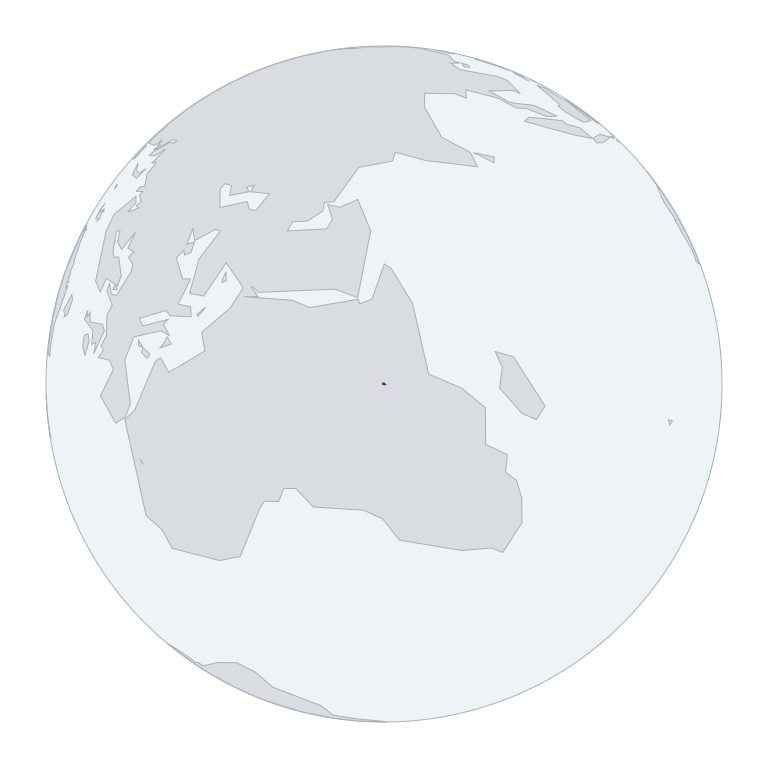 globe centered on Iganga, rotated 304°
{"feature_id": "UGA-3068", "entity_name": "Iganga", "entity_type": "District", "adm_level": 1, "iso_a3": "UGA", "parent_name": "Uganda", "parent_adm1": "", "projection": "orthographic", "projection_center": [33.553, 0.662], "detail": "fine", "context": "on_globe", "style": "filled", "palette": "violet", "viewbox_px": 768, "rotation_deg": 304, "n_neighbors": 0, "source": "natural_earth", "source_scale": "10m", "svg_char_len": 6650}
<svg xmlns="http://www.w3.org/2000/svg" viewBox="0 0 768 768"><g transform="rotate(304 384 384)"><circle cx="384" cy="384" r="338" fill="#eef3f6" stroke="#a8b0b8"/><path d="M186.2,110.0L181.9,113.2L176.7,117.2L173.6,119.6L186.2,110.0ZM47.8,349.9L48.3,359.6L48.4,374.2L47.8,383.1L49.2,385.9L49.3,391.8L60.3,402.0L70.4,417.6L73.1,438.2L70.5,461.5L82.0,511.2L81.1,526.7L90.1,546.6L105.5,575.0L104.5,573.9L90.6,551.7L78.5,528.5L68.2,504.4L59.9,479.5L53.4,454.2L49.0,428.3L46.6,402.3L46.2,376.1L47.8,349.9ZM645.2,169.6L646.7,172.0L639.1,162.7L644.6,170.7L651.4,178.8L652.2,178.6L660.3,190.9L671.4,206.6L681.6,224.3L692.8,253.6L690.8,261.5L692.6,267.4L687.2,259.9L687.0,270.9L702.6,306.5L704.6,316.6L701.0,334.7L699.7,327.0L685.6,307.2L687.9,331.3L698.9,352.8L702.8,377.7L696.6,369.2L692.0,347.5L686.9,339.8L684.7,318.6L673.6,287.3L667.0,292.5L664.1,280.2L647.9,255.2L636.5,262.3L620.8,294.0L624.3,325.9L616.4,340.0L592.7,293.8L582.4,263.8L573.7,266.5L549.4,241.9L507.1,240.5L501.2,233.0L493.2,236.6L476.2,229.3L467.3,217.5L456.9,218.4L480.6,249.8L491.8,249.2L501.3,237.0L505.8,248.5L522.3,259.0L503.5,287.4L440.9,313.8L435.2,290.2L389.6,228.5L391.2,221.7L391.0,221.0L390.5,219.7L385.9,230.7L378.2,219.2L402.1,261.0L405.9,279.8L440.0,315.3L436.7,319.0L447.8,326.5L483.7,317.2L483.8,325.3L466.6,362.9L417.2,415.4L424.0,450.9L421.0,481.4L390.8,502.0L394.3,525.7L378.8,534.2L378.3,547.6L366.4,562.1L346.1,575.9L310.8,576.7L308.0,564.6L289.3,541.2L263.2,484.4L271.4,458.1L268.0,437.9L242.5,394.1L248.1,369.4L241.4,359.4L227.6,362.3L220.0,350.5L211.7,350.5L160.6,361.2L145.7,346.4L129.4,300.5L139.0,281.4L142.0,260.3L209.6,189.0L222.7,192.0L274.6,181.8L280.8,184.0L273.3,199.1L311.1,217.0L324.9,204.0L360.5,214.0L385.1,213.5L396.3,185.4L356.1,185.4L350.5,172.2L383.8,160.7L419.2,162.8L418.2,157.9L397.0,146.8L406.3,138.5L389.7,142.5L395.6,147.3L385.4,150.5L379.4,146.5L383.0,143.3L372.6,141.2L358.5,158.2L362.9,165.0L335.1,168.6L339.8,180.6L331.8,186.5L321.0,168.6L322.9,162.0L301.7,144.6L297.2,151.5L316.9,168.9L310.2,167.7L304.1,179.0L303.5,169.4L283.2,150.3L258.9,155.7L225.8,184.7L212.1,188.1L201.5,183.6L215.7,155.5L244.8,151.5L250.2,143.1L246.2,132.2L255.4,132.5L257.3,128.1L268.5,126.8L286.1,115.9L297.7,114.4L306.4,102.2L313.6,100.2L306.4,107.7L307.6,112.7L336.8,111.4L343.0,108.7L346.2,101.4L353.9,102.6L353.3,95.8L370.9,93.2L349.0,91.1L352.3,84.1L363.8,79.1L361.0,76.9L342.1,85.3L338.2,89.3L341.0,93.0L326.8,105.6L316.4,108.1L316.4,94.8L301.6,97.4L308.1,87.3L355.1,68.2L373.8,65.4L400.9,73.4L395.6,76.9L383.1,75.4L393.0,82.4L393.0,79.0L399.3,80.6L404.0,75.7L408.7,76.7L405.2,70.9L411.5,71.6L413.6,75.2L426.0,70.2L439.6,71.4L440.1,69.9L436.8,68.0L456.2,71.7L455.8,70.5L449.2,68.7L444.1,65.5L442.5,61.7L449.3,63.2L450.8,64.7L464.1,70.9L467.0,75.8L469.7,76.1L468.7,72.3L452.5,64.6L449.6,62.0L458.2,65.1L454.8,63.8L455.5,63.0L462.6,63.9L453.5,60.5L452.0,54.1L465.5,56.5L473.3,59.2L479.0,59.7L503.0,67.7L526.3,77.5L548.8,89.0L570.4,102.1L590.9,116.8L610.3,133.1L628.4,150.7L645.2,169.6ZM185.1,223.5L182.9,229.7L185.1,223.5ZM456.2,180.9L477.7,182.6L468.7,165.7L476.2,165.3L470.4,160.1L468.0,164.5L453.9,150.7L463.4,146.6L461.1,140.0L453.8,139.2L438.6,149.4L458.7,168.5L453.5,175.1L456.2,180.9ZM168.0,124.1L174.3,119.1L165.9,125.9L160.4,131.0L152.5,138.4L157.0,134.0L153.1,137.4L155.1,135.4L168.0,124.1ZM256.9,108.4L260.1,110.5L254.9,115.4L240.1,120.1L247.5,112.7L256.9,108.4ZM265.8,112.5L269.9,99.6L279.2,97.1L273.3,100.5L279.1,100.1L271.1,105.7L276.0,117.1L271.7,122.4L246.8,126.5L257.3,121.8L253.6,119.6L265.8,112.5ZM263.9,80.2L265.8,77.1L283.6,75.3L279.8,78.6L264.8,82.7L260.6,81.4L263.9,80.2ZM336.4,49.4L337.3,49.3L336.0,49.8L341.3,49.0L349.2,48.3L349.2,49.1L342.3,49.4L347.3,50.4L337.6,51.5L338.8,51.5L331.2,53.0L324.0,55.3L319.8,55.8L318.8,56.6L313.8,58.0L311.0,59.4L302.5,61.0L298.4,63.0L296.7,62.7L292.0,65.9L291.7,64.3L285.1,66.7L288.9,67.0L249.5,77.1L233.3,84.2L219.9,91.5L221.1,89.1L234.4,81.4L253.1,72.6L268.6,66.8L266.3,67.3L273.1,64.9L272.0,65.5L277.6,63.3L282.9,61.6L299.5,56.8L299.8,56.7L336.4,49.4ZM288.8,178.2L293.8,178.7L301.8,177.8L298.2,185.4L288.8,178.2ZM274.6,165.2L279.2,164.1L277.9,173.3L272.8,173.3L274.6,165.2ZM282.9,156.1L279.6,163.3L278.3,159.4L282.9,156.1ZM310.8,106.6L315.9,105.5L316.0,107.2L312.7,110.0L310.8,106.6ZM362.2,55.9L359.0,55.1L360.8,54.6L360.2,52.2L367.4,51.8L370.5,53.1L362.2,55.9ZM388.9,190.1L381.2,195.5L377.7,192.9L381.1,191.5L388.9,190.1ZM337.0,189.9L348.4,193.3L335.9,192.0L337.0,189.9ZM369.9,55.0L368.8,54.0L373.1,54.5L369.9,55.0ZM372.6,51.5L377.8,51.8L368.2,51.5L372.6,51.5ZM513.3,639.7L514.7,643.8L509.8,644.0L513.3,639.7ZM478.9,476.3L455.8,529.9L439.7,530.2L436.8,514.5L445.3,482.0L464.0,472.8L473.1,458.2L478.9,476.3ZM716.2,440.4L716.4,442.7L716.1,444.3L716.2,440.4ZM716.1,434.1L717.0,435.4L715.4,437.5L716.1,434.1ZM717.3,436.0L718.1,433.8L718.5,431.6L718.0,434.9L717.3,436.0ZM715.2,433.7L707.0,430.7L702.7,425.5L704.6,419.9L711.4,422.9L715.2,433.7ZM704.2,419.6L696.6,402.0L680.3,353.6L686.3,354.8L702.1,384.7L701.3,389.5L705.9,403.2L704.2,419.6ZM719.3,393.2L718.3,408.1L714.5,405.3L712.4,402.2L711.0,382.5L711.8,373.1L713.9,373.9L717.3,343.7L719.4,352.5L719.4,365.4L720.8,379.0L719.3,393.2ZM625.9,329.0L633.8,348.4L629.0,351.5L625.9,329.0ZM715.4,322.4L716.3,335.3L714.5,317.7L715.4,322.4ZM712.4,305.7L714.0,312.7L712.1,305.5L712.4,305.7ZM695.6,276.6L693.7,277.7L692.0,272.9L693.5,268.8L695.6,276.6ZM689.3,239.7L695.3,253.3L697.0,257.8L693.2,249.2L689.3,239.7ZM429.7,56.6L422.5,59.7L422.1,63.1L429.4,66.2L416.1,63.8L416.7,58.4L429.7,56.6ZM448.5,53.9L442.1,52.2L446.8,52.9L449.0,53.4L448.5,53.9ZM443.3,52.9L431.9,51.2L429.5,50.3L439.0,51.7L443.3,52.9ZM400.8,51.1L398.2,51.9L394.8,51.3L400.8,51.1ZM664.5,572.5L659.3,578.4L660.4,574.4L667.3,564.5L682.6,533.4L682.9,534.3L691.7,513.8L701.8,498.0L707.3,482.4L699.1,506.0L689.2,529.0L677.6,551.2L664.5,572.5ZM721.9,377.9L721.3,382.8L721.5,392.5L721.9,387.6L721.5,395.4L720.8,411.6L720.2,417.2L721.2,399.7L719.8,416.8L719.5,416.0L720.3,400.8L721.2,383.3L721.5,376.5L721.8,375.9L721.9,377.9ZM718.8,338.2L718.8,337.9L719.1,341.8L718.2,334.2L718.8,338.2ZM716.6,324.3L717.0,327.1L715.8,320.2L716.6,324.3ZM716.2,322.9L714.5,314.5L715.0,316.2L716.2,322.9ZM713.7,309.8L711.7,303.3L704.1,276.9L704.4,277.0L710.0,296.0L713.4,308.5L713.7,309.8Z" fill="#d9dde1" stroke="#a8b0b8" stroke-width="1"/><path d="M384.1,385.2L383.9,384.9L383.8,384.7L383.8,384.3L383.8,384.0L383.4,383.8L383.2,383.6L383.2,383.4L383.3,383.1L383.3,382.8L383.5,382.8L383.9,382.7L383.9,383.1L384.0,383.2L384.4,383.3L384.5,383.6L384.7,383.9L384.7,384.1L384.6,384.4L384.5,384.5L384.4,384.7L384.3,384.9L384.3,385.2L384.3,385.3L384.1,385.2Z" fill="#8b5cf6" stroke="#5b21b6" stroke-width="1.5"/></g></svg>